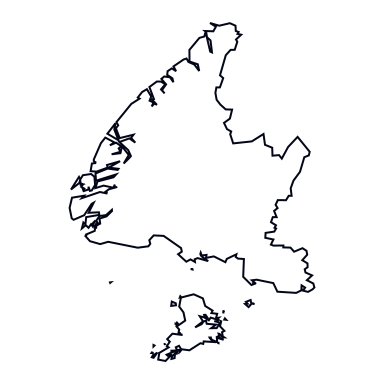 Southland District, Southland, New Zealand (Equal Earth projection)
{"feature_id": "76426892B99609638104575", "entity_name": "Southland District", "entity_type": "district", "adm_level": 2, "iso_a3": "NZL", "parent_name": "New Zealand", "parent_adm1": "Southland", "projection": "equal_earth", "projection_center": [167.626, -45.773], "detail": "fine", "context": "isolated", "style": "outline", "palette": "ink", "viewbox_px": 384, "rotation_deg": 0, "n_neighbors": 0, "source": "geoboundaries", "source_scale": "gbopen_adm2", "svg_char_len": 6016}
<svg xmlns="http://www.w3.org/2000/svg" viewBox="0 0 384 384"><path d="M210.0,23.0L215.9,26.7L213.3,31.3L204.9,31.0L206.2,32.1L207.0,37.2L210.5,40.4L212.0,52.4L210.2,51.6L205.6,31.9L204.3,36.5L199.4,37.9L189.4,49.9L189.5,61.5L197.8,64.3L199.2,71.0L194.3,64.5L188.5,62.0L186.5,58.5L183.6,59.5L173.5,66.4L176.1,71.2L171.8,68.4L167.6,71.2L167.2,74.9L172.4,78.3L173.4,82.2L170.0,77.3L164.2,76.5L161.4,78.9L166.1,84.4L162.0,90.1L164.6,93.4L161.0,89.4L165.3,84.3L161.0,81.6L156.9,81.5L149.4,87.0L153.9,99.0L151.8,99.3L156.9,104.8L154.3,103.6L151.7,106.4L153.5,102.5L149.6,100.7L151.2,96.5L146.9,89.2L142.1,92.0L137.8,97.5L139.6,98.6L131.3,103.9L116.4,122.2L118.2,125.3L115.9,128.3L119.7,138.1L133.5,134.7L131.1,137.9L135.3,142.6L129.4,138.4L119.4,142.0L128.2,150.1L130.9,156.1L129.2,158.1L123.7,163.5L128.8,155.0L122.0,146.4L120.4,153.2L111.6,154.3L120.5,151.8L118.7,148.4L121.2,146.2L116.1,142.7L109.9,145.3L114.4,142.4L105.3,137.6L100.9,143.2L93.8,159.5L93.8,161.1L95.5,162.3L95.3,163.1L91.9,163.5L90.6,171.2L96.6,171.6L107.7,167.6L107.0,165.0L120.1,161.2L108.8,167.6L118.5,168.8L117.7,169.9L107.6,168.6L95.5,173.5L96.0,180.7L116.2,174.4L113.5,177.3L97.4,181.5L95.5,188.1L103.6,185.6L113.3,187.7L114.8,184.6L114.4,187.3L117.2,187.0L108.8,189.3L104.9,192.2L106.7,192.6L106.5,193.4L100.0,192.0L82.0,198.1L84.1,195.7L72.0,197.7L69.6,207.9L71.7,218.3L73.6,219.8L84.2,215.2L91.6,203.9L93.7,202.7L88.6,212.8L98.9,212.3L99.3,214.9L86.2,217.1L85.4,224.4L83.4,222.5L81.9,228.4L85.8,225.2L88.5,227.8L91.0,224.3L92.1,225.7L91.9,224.2L95.4,220.5L93.0,224.6L94.5,227.0L96.6,222.8L96.5,225.1L98.8,224.2L96.2,220.7L99.6,216.0L106.1,215.1L111.9,209.8L112.0,211.0L106.5,216.4L99.5,218.6L100.2,223.6L96.4,225.6L96.1,228.6L95.4,226.4L94.7,230.9L86.3,234.4L86.6,234.8L86.1,235.6L85.5,235.8L85.4,236.0L90.0,241.2L100.2,244.1L108.2,241.8L137.7,247.7L148.4,246.3L150.3,243.8L149.3,240.2L153.7,235.4L163.7,235.9L181.1,248.1L181.8,251.7L178.1,254.2L186.3,261.7L190.5,259.4L195.0,262.0L194.7,259.3L197.6,258.1L208.2,261.1L201.5,256.3L200.4,254.5L200.5,253.3L200.7,252.7L201.7,255.5L206.5,254.9L206.0,257.9L213.9,256.4L225.4,262.2L226.8,258.9L236.4,254.3L235.7,256.9L238.0,258.6L243.9,259.0L243.2,276.8L251.4,285.0L255.6,283.5L253.4,284.1L253.2,283.5L254.3,283.7L255.4,283.3L255.4,283.2L251.9,280.3L256.6,279.7L273.3,283.1L277.4,291.7L296.2,292.9L302.7,289.7L301.4,289.4L301.6,285.4L305.1,287.6L302.9,290.6L308.0,291.9L312.5,289.4L314.4,287.5L313.3,283.5L306.9,280.2L312.1,275.4L305.5,272.5L304.7,269.3L307.6,267.2L307.5,263.4L302.3,260.2L307.2,254.7L306.5,250.8L302.5,248.2L294.1,251.7L290.5,247.6L283.3,247.4L283.4,245.5L273.4,245.6L270.9,244.6L273.4,239.5L265.3,237.8L265.6,232.9L274.3,231.6L276.1,228.5L274.5,227.8L276.0,225.3L271.0,222.2L272.8,217.1L276.6,217.1L274.1,210.9L277.6,208.1L275.6,204.8L277.8,200.1L286.0,200.2L288.7,195.8L291.6,195.8L290.7,188.3L293.5,180.6L300.0,171.8L304.3,157.2L308.8,155.4L309.7,151.8L297.6,136.9L288.1,147.0L281.8,158.6L279.0,155.1L272.5,155.7L272.2,147.7L265.0,144.8L263.5,134.0L251.8,141.4L233.2,143.4L230.2,134.2L231.2,131.5L227.0,129.1L224.0,122.9L229.9,118.6L232.1,109.6L225.7,109.4L220.4,104.6L216.6,99.7L215.4,92.8L216.4,87.4L219.9,87.4L223.2,78.1L220.0,75.3L225.8,55.2L230.6,49.9L234.7,49.8L237.3,41.8L236.0,39.5L241.2,34.7L237.5,33.9L238.6,32.0L235.8,31.0L235.5,25.7L229.9,23.2L219.2,25.7L210.0,23.0ZM193.7,294.3L180.9,297.6L179.2,306.6L183.5,312.4L185.2,320.6L176.6,326.6L179.2,329.5L178.5,332.8L179.5,332.7L180.1,333.2L180.4,334.1L180.3,334.5L181.4,334.4L181.6,334.5L181.6,334.9L172.4,333.7L167.2,339.1L169.8,341.7L166.8,346.2L168.6,347.4L159.3,352.9L158.2,359.6L165.5,361.0L170.2,356.1L172.1,356.4L171.5,358.9L174.6,358.1L175.0,353.5L172.4,356.0L171.3,354.9L167.9,355.9L166.6,354.7L174.0,351.6L170.5,350.7L177.0,350.5L175.8,347.3L179.0,345.8L181.1,349.2L189.4,350.3L200.5,343.2L203.2,343.9L203.7,341.4L216.3,342.2L210.9,339.5L211.1,338.9L210.2,338.3L210.4,338.0L209.7,337.9L209.5,337.5L210.7,337.5L210.5,338.4L211.2,338.7L211.2,339.5L217.2,342.1L216.8,337.7L223.6,339.8L217.7,336.5L219.8,335.5L219.5,334.3L218.8,334.3L218.6,333.7L219.7,334.0L221.4,336.1L222.8,336.4L222.0,332.2L224.4,330.9L220.0,326.3L221.4,320.5L216.7,328.1L211.2,328.2L216.0,324.6L206.7,323.8L206.0,320.8L203.7,321.3L201.7,324.1L195.1,327.4L203.0,321.4L199.7,316.2L205.0,317.6L204.1,314.9L205.5,314.8L207.6,317.9L205.8,318.4L208.8,320.3L210.7,317.6L216.8,319.5L218.8,317.7L216.0,318.1L217.2,313.8L211.4,313.1L212.6,310.6L205.2,306.0L202.9,298.4L193.7,294.3ZM91.1,174.0L82.9,175.2L80.3,179.4L79.0,176.9L71.0,189.5L79.3,183.0L80.2,179.6L80.5,183.2L82.7,184.1L79.7,184.9L82.9,184.6L81.2,186.8L85.2,189.1L82.7,188.7L83.6,191.1L88.5,189.5L88.5,186.7L89.9,190.9L91.8,190.4L95.1,184.9L94.4,176.7L91.1,174.0ZM115.4,123.3L107.4,133.7L118.5,140.3L114.3,129.5L115.4,123.3ZM171.8,301.6L171.2,305.9L176.0,305.3L175.8,303.3L171.8,301.6ZM250.6,300.0L245.9,301.9L247.6,303.7L245.1,304.0L248.6,307.1L251.4,303.9L250.6,300.0ZM156.5,353.8L153.3,354.7L151.8,357.2L153.6,357.8L156.5,353.8ZM181.3,350.0L178.4,349.9L179.7,352.1L181.3,350.0ZM218.0,321.8L214.2,321.1L218.2,322.1L218.0,321.8ZM226.2,319.8L224.9,318.4L224.3,319.6L226.2,319.8ZM176.5,352.5L175.5,353.4L176.5,353.7L176.5,352.5ZM153.5,353.0L151.9,352.4L151.5,353.0L153.5,353.0ZM177.3,352.4L176.6,351.0L175.8,351.7L177.3,352.4ZM192.4,269.0L190.7,269.0L192.5,269.5L192.4,269.0ZM154.5,345.5L153.5,345.0L153.5,346.5L154.5,345.5ZM177.3,324.9L176.1,324.3L176.7,325.8L177.3,324.9ZM110.2,282.9L110.9,282.3L110.0,282.4L110.2,282.9ZM254.5,304.0L253.3,303.5L253.3,303.9L254.5,304.0ZM177.5,323.2L176.9,322.5L176.2,323.3L177.5,323.2ZM218.7,319.9L217.9,319.2L217.6,319.4L217.3,319.3L217.4,319.9L218.7,319.9ZM223.8,311.4L223.3,310.3L223.5,311.7L223.8,311.4ZM218.5,342.9L217.5,342.9L218.5,343.2L218.5,342.9ZM223.3,312.2L222.5,312.7L223.4,312.5L223.3,312.2ZM180.7,296.6L180.3,296.2L180.0,297.0L180.7,296.6ZM157.1,353.5L156.5,353.1L156.1,353.4L157.1,353.5ZM164.7,344.0L163.8,344.4L164.8,344.1L164.7,344.0ZM223.7,337.0L223.2,337.4L224.3,337.4L223.7,337.0Z" fill="none" stroke="#020617" stroke-width="2"/></svg>